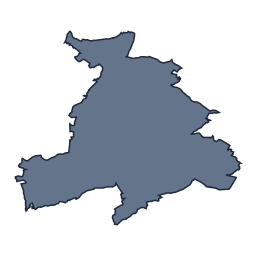 Strehaia, Mehedinti, Romania
{"feature_id": "2599482B78091159636485", "entity_name": "Strehaia", "entity_type": "district", "adm_level": 2, "iso_a3": "ROU", "parent_name": "Romania", "parent_adm1": "Mehedinti", "projection": "albers", "projection_center": [23.174, 44.633], "detail": "fine", "context": "isolated", "style": "filled", "palette": "slate", "viewbox_px": 256, "rotation_deg": 0, "n_neighbors": 0, "source": "geoboundaries", "source_scale": "gbopen_adm2", "svg_char_len": 5731}
<svg xmlns="http://www.w3.org/2000/svg" viewBox="0 0 256 256"><path d="M114.5,224.1L117.1,224.7L122.7,219.5L126.1,219.2L127.4,217.9L130.0,216.6L131.7,214.6L133.7,213.5L135.4,213.4L136.9,211.6L137.3,209.8L140.8,207.7L143.4,207.5L146.1,208.7L146.7,206.0L147.5,205.4L147.6,204.9L146.4,202.3L146.5,202.0L147.6,201.6L148.6,201.7L150.6,201.3L151.6,201.5L153.5,200.6L156.5,200.4L157.8,201.1L158.6,200.9L158.8,200.7L158.8,198.6L161.8,197.4L158.8,195.3L167.2,193.0L171.1,193.2L172.9,192.6L175.3,192.3L183.5,189.0L189.9,184.8L191.4,182.6L192.4,180.3L193.6,180.3L194.6,178.9L201.6,182.5L206.0,185.9L206.1,186.6L207.3,186.9L208.6,186.7L209.0,186.8L209.1,187.2L210.1,187.0L210.5,187.5L211.5,187.4L215.8,188.2L219.4,189.8L229.1,189.1L230.7,186.9L236.1,178.0L236.2,177.4L226.6,175.2L226.6,174.9L228.5,175.1L232.0,174.0L233.1,173.3L233.9,172.2L235.8,171.1L237.5,169.5L238.8,169.9L239.8,168.2L239.4,167.8L239.6,167.3L239.5,166.6L238.7,165.8L239.0,165.5L238.8,164.6L240.0,163.2L240.6,163.2L239.8,162.7L239.7,162.2L237.7,161.3L236.8,160.3L236.3,159.7L236.8,158.7L235.5,156.9L234.0,156.8L231.3,155.5L231.9,154.9L232.5,155.1L233.2,153.9L232.8,153.6L233.5,152.0L230.9,151.0L231.5,149.5L228.9,149.0L228.1,150.2L227.6,149.8L229.8,145.6L228.8,145.1L228.9,144.8L220.2,139.6L219.4,139.9L218.7,139.6L216.5,141.5L216.1,141.5L214.1,140.4L213.4,138.7L213.5,138.2L213.2,136.4L212.6,135.8L212.2,136.8L210.3,138.0L209.9,137.9L209.9,137.4L202.8,137.4L202.6,136.5L201.6,136.2L200.6,134.4L199.1,133.1L196.9,133.2L193.0,134.2L191.5,134.1L193.8,131.6L196.9,130.3L197.4,129.3L201.4,127.5L202.5,125.7L205.1,123.7L205.6,122.7L207.6,122.7L208.2,122.3L208.5,121.4L207.5,120.1L209.7,120.6L210.3,120.3L207.6,119.2L207.0,118.3L206.8,118.8L206.0,118.4L206.5,118.1L208.9,113.4L212.1,113.3L213.3,112.8L216.9,113.0L219.1,112.5L215.7,110.5L212.5,110.2L210.2,111.0L207.6,109.5L205.5,107.6L203.7,106.6L200.3,103.7L197.7,102.3L196.3,101.9L194.4,102.0L191.8,100.9L190.9,100.1L189.6,97.5L188.0,96.3L187.1,96.2L185.5,94.2L182.8,92.3L182.0,90.9L180.2,89.0L177.2,87.5L173.8,86.9L171.0,85.4L171.4,84.5L173.8,84.6L175.3,83.3L177.6,82.4L179.3,81.1L179.5,80.5L180.6,78.7L179.3,77.0L179.0,77.3L178.6,79.0L177.9,79.3L178.2,77.4L176.3,77.1L176.6,74.6L171.5,73.6L172.4,72.0L172.2,72.0L173.9,69.9L177.1,71.9L178.8,69.6L181.7,68.1L178.4,65.7L175.0,64.1L173.0,62.6L172.2,61.1L171.9,59.7L169.6,61.6L166.3,62.1L165.3,62.7L163.0,63.0L159.1,61.4L158.6,60.6L157.2,59.5L149.1,56.5L147.3,57.3L145.2,56.8L141.0,56.7L138.7,57.7L132.9,58.3L131.2,58.1L128.9,57.2L125.5,56.9L126.8,56.5L127.6,55.6L128.9,51.4L130.8,48.2L132.6,43.2L133.4,41.7L134.5,36.2L134.6,33.9L134.4,33.3L131.2,32.0L131.0,32.4L129.7,32.5L129.1,31.8L128.2,31.5L128.1,31.9L126.7,32.8L123.6,32.4L123.2,33.2L122.5,33.2L122.2,33.8L121.4,33.2L121.1,32.7L119.4,35.1L119.1,35.0L116.6,36.7L113.1,38.2L112.6,38.2L113.0,37.7L112.5,37.8L108.7,39.1L106.4,38.9L95.1,40.4L93.8,40.2L92.4,40.9L89.1,40.5L87.5,39.7L86.0,40.0L83.0,39.2L81.9,40.2L81.5,41.2L80.0,40.9L76.7,38.9L75.7,39.0L73.1,37.4L72.4,36.5L71.7,33.5L70.7,32.0L69.7,31.3L67.1,34.8L67.1,36.1L66.8,36.5L66.1,39.7L64.7,42.5L65.9,41.9L66.9,43.5L68.1,43.7L67.9,43.1L70.0,43.7L69.5,45.1L70.1,44.9L71.9,45.5L72.9,46.5L73.0,46.9L72.8,47.2L73.0,47.6L74.0,48.2L74.5,47.9L77.8,50.3L80.5,53.2L79.0,53.6L78.5,55.0L77.4,56.2L74.8,57.0L75.1,58.1L77.5,60.7L78.9,61.6L80.1,61.5L83.1,59.4L83.8,59.3L87.1,61.3L88.7,62.7L89.8,63.3L89.7,64.7L88.7,65.4L89.8,67.7L90.8,67.8L92.2,67.2L94.0,67.5L96.4,65.6L98.1,65.2L98.9,64.3L99.6,64.2L100.0,64.6L100.2,65.3L101.8,66.3L102.7,67.8L102.7,68.4L102.5,69.3L102.5,70.4L100.9,73.0L101.1,73.9L100.7,76.2L98.1,79.0L97.5,78.5L96.2,79.8L94.5,79.2L93.5,80.5L96.3,80.7L97.0,81.7L88.6,90.0L89.1,90.4L86.8,93.5L87.2,95.6L86.9,96.0L84.9,95.4L84.2,95.4L83.7,95.8L86.5,97.1L85.8,98.4L84.3,99.1L83.8,99.0L82.5,100.8L82.4,101.5L81.7,101.8L81.5,102.5L74.9,105.3L73.1,106.5L71.8,111.0L72.2,111.6L72.0,111.9L70.0,113.6L69.2,113.7L69.5,113.8L69.7,114.5L69.0,115.4L71.5,117.5L76.4,117.3L74.4,122.8L74.8,124.3L73.9,125.6L71.5,125.5L70.9,124.6L69.8,123.8L70.1,131.6L71.7,131.2L72.0,131.6L73.6,131.8L73.5,136.7L73.5,137.0L72.7,137.1L71.1,137.1L71.4,138.1L71.7,138.2L71.8,139.4L69.7,140.2L70.2,141.1L69.8,141.4L69.5,146.0L68.7,152.6L65.2,153.0L62.9,154.2L59.8,154.0L57.5,154.5L55.2,156.5L51.7,157.7L47.3,160.2L44.8,159.8L43.7,159.1L41.4,157.2L41.0,155.5L40.7,155.3L35.7,155.8L32.4,157.2L27.6,160.8L25.5,160.5L22.3,158.3L21.9,159.7L22.1,161.7L21.8,162.7L20.7,163.7L19.7,164.0L18.5,166.0L19.7,167.3L22.7,168.0L24.6,169.2L25.9,169.5L23.3,170.4L23.8,171.6L23.6,173.3L22.8,176.0L22.3,176.7L17.9,176.0L15.4,176.9L15.5,177.3L15.8,177.3L15.9,178.1L15.5,178.4L16.8,179.7L16.9,181.5L23.1,180.1L25.2,181.1L25.6,181.8L25.9,183.0L21.1,183.9L23.7,191.1L23.5,192.6L24.4,196.3L24.5,198.6L25.8,200.8L25.4,202.6L25.7,203.1L25.5,204.8L25.6,205.7L26.1,206.4L25.4,208.8L26.1,211.1L26.6,210.6L27.5,208.4L28.3,208.3L30.0,207.1L30.1,206.7L29.3,206.8L29.3,206.5L29.6,205.8L30.0,205.7L30.3,204.2L32.2,203.2L33.6,206.4L32.7,207.3L32.6,206.7L32.0,206.4L32.1,208.5L34.5,208.1L35.2,209.4L36.5,208.8L37.6,207.6L39.0,207.0L41.2,207.3L43.4,206.2L45.6,205.6L48.1,206.0L50.5,205.2L54.8,205.0L56.5,203.9L58.2,203.6L59.6,201.6L61.1,201.6L65.2,202.7L66.9,201.6L68.2,200.1L69.2,200.5L69.7,200.2L69.5,199.9L71.7,199.3L73.8,198.1L75.6,197.9L75.5,198.8L76.6,199.2L77.0,198.4L78.2,198.1L79.6,197.0L80.6,195.4L82.2,193.7L87.3,190.6L89.8,190.2L92.1,189.4L93.7,189.3L93.8,188.8L94.9,188.0L102.9,188.0L107.1,186.8L112.6,186.9L115.3,185.4L115.9,183.2L121.1,191.2L122.7,193.2L121.4,193.4L121.3,194.4L120.9,194.5L121.5,196.7L121.7,198.7L124.7,198.5L121.8,201.3L123.2,204.4L121.9,205.1L121.1,205.2L114.7,209.0L115.4,210.8L114.9,214.7L113.0,215.3L112.4,217.5L113.7,221.3L114.7,222.8L114.5,224.1Z" fill="#64748b" stroke="#1e293b" stroke-width="1.5"/></svg>